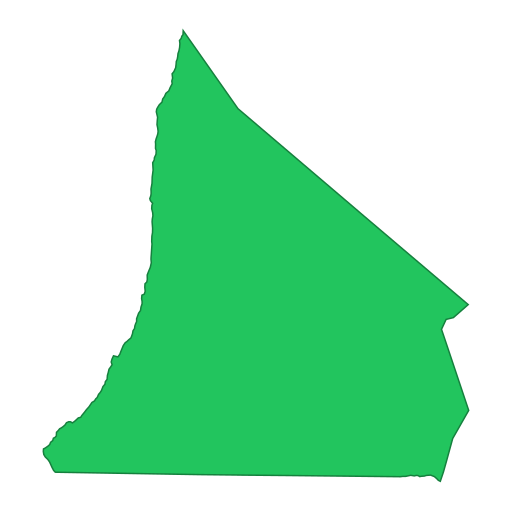 Currais, Piauí, Brazil (Equal Earth projection)
{"feature_id": "56859067B97651801569527", "entity_name": "Currais", "entity_type": "district", "adm_level": 2, "iso_a3": "BRA", "parent_name": "Brazil", "parent_adm1": "Piauí", "projection": "equal_earth", "projection_center": [-44.85, -8.733], "detail": "fine", "context": "isolated", "style": "filled", "palette": "green", "viewbox_px": 512, "rotation_deg": 0, "n_neighbors": 0, "source": "geoboundaries", "source_scale": "gbopen_adm2", "svg_char_len": 2417}
<svg xmlns="http://www.w3.org/2000/svg" viewBox="0 0 512 512"><path d="M43.5,448.9L43.3,451.4L43.8,454.5L45.3,457.0L47.8,459.4L49.6,462.0L51.9,467.1L53.6,470.4L55.3,472.2L199.8,474.6L235.9,475.0L242.6,475.1L287.5,475.5L400.4,476.7L402.6,476.4L405.5,476.4L410.7,475.3L414.3,475.9L416.4,475.4L418.2,475.6L419.7,476.6L421.8,476.2L424.1,476.1L426.5,475.4L430.6,475.1L434.4,476.6L436.8,478.7L438.3,480.3L440.3,481.3L443.4,472.1L446.3,461.8L452.7,438.5L468.7,410.4L448.3,349.5L441.5,329.3L446.1,319.4L453.4,317.6L468.2,304.6L360.0,212.7L352.9,206.6L238.0,108.7L183.2,30.7L183.0,34.7L181.8,36.2L181.2,38.4L179.5,40.4L179.9,43.7L179.6,47.4L179.0,50.6L178.0,53.6L177.7,56.6L177.2,59.3L176.3,61.4L176.1,64.1L175.7,67.6L174.9,69.4L173.9,71.6L172.1,73.8L172.6,78.1L171.8,81.1L172.2,83.7L171.2,85.6L170.2,87.5L168.8,90.9L165.9,93.3L164.5,96.5L162.7,99.0L162.0,102.1L159.4,104.6L157.7,107.3L156.7,109.2L156.3,111.8L157.6,117.3L157.3,120.1L157.0,124.7L157.7,128.0L158.1,131.3L157.8,133.8L157.0,136.4L156.2,138.6L155.4,141.7L155.6,144.1L155.5,148.4L156.2,150.5L156.0,154.3L154.4,157.7L154.2,160.1L152.7,162.7L153.1,170.1L152.6,174.0L152.2,177.0L152.0,183.4L151.0,189.0L151.1,191.6L151.1,193.8L150.8,195.8L149.8,198.6L150.4,200.6L152.6,203.3L151.9,205.3L151.7,208.7L152.7,212.8L152.9,215.9L152.3,218.9L152.1,221.8L152.6,228.4L152.5,232.7L151.9,236.1L151.7,241.4L152.0,244.0L151.7,248.3L151.3,254.4L151.1,256.8L151.0,259.2L151.3,262.8L150.3,267.3L148.4,271.9L147.2,275.0L147.3,279.5L146.8,282.0L145.0,283.8L144.8,287.3L145.2,291.3L144.3,294.1L141.9,295.2L141.6,298.6L142.1,301.5L142.1,303.8L141.0,307.1L140.5,310.5L138.6,313.2L137.7,315.7L136.6,318.7L136.6,321.6L135.6,323.8L134.9,325.9L134.5,328.6L133.0,330.8L132.5,333.7L131.7,336.0L130.9,338.0L128.8,339.7L126.7,341.7L125.3,342.6L123.3,345.5L122.0,348.7L121.0,351.1L119.8,354.3L117.9,356.9L115.9,356.4L113.5,355.8L112.0,359.1L111.2,362.0L112.1,364.7L110.7,366.9L109.0,369.2L108.2,372.7L107.4,375.4L107.1,379.4L105.4,381.5L104.9,384.3L103.0,386.5L101.5,390.4L100.1,392.6L98.6,394.3L97.2,397.5L95.7,398.9L94.5,400.9L91.9,402.5L89.0,406.8L86.4,409.7L84.6,412.1L81.9,415.4L80.7,417.3L78.3,417.9L76.5,419.6L74.4,421.5L72.4,422.9L70.6,421.8L68.8,421.7L66.5,422.7L65.0,425.0L63.0,426.7L61.6,427.7L59.6,428.8L58.2,430.6L56.5,432.3L56.3,436.0L55.0,437.4L53.4,438.2L52.7,440.6L50.6,442.3L49.7,444.6L48.0,446.1L45.3,448.0L43.5,448.9Z" fill="#22c55e" stroke="#15803d" stroke-width="1.5"/></svg>